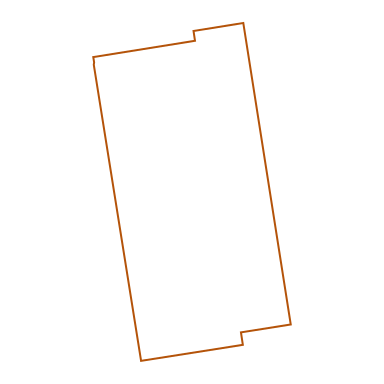 the district of Eddy, North Dakota, United States of America, rotated 261°
{"feature_id": "52423323B20862519958454", "entity_name": "Eddy", "entity_type": "district", "adm_level": 2, "iso_a3": "USA", "parent_name": "United States of America", "parent_adm1": "North Dakota", "projection": "mercator", "projection_center": [-98.866, 47.717], "detail": "fine", "context": "isolated", "style": "outline", "palette": "amber", "viewbox_px": 384, "rotation_deg": 261, "n_neighbors": 0, "source": "geoboundaries", "source_scale": "gbopen_adm2", "svg_char_len": 293}
<svg xmlns="http://www.w3.org/2000/svg" viewBox="0 0 384 384"><g transform="rotate(261 192 192)"><path d="M45.7,268.8L350.9,269.1L350.8,218.7L340.9,218.6L340.7,115.6L335.3,115.6L333.1,114.9L33.2,115.3L33.1,218.3L45.7,218.4L45.7,268.8Z" fill="none" stroke="#b45309" stroke-width="2"/></g></svg>